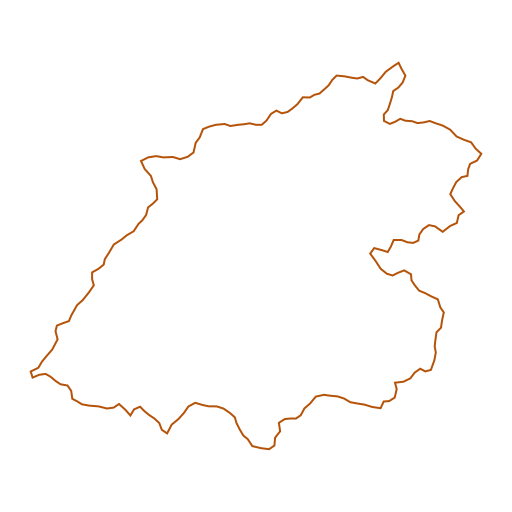 outline of Miraí, Minas Gerais, Brazil
{"feature_id": "56859067B88610253511100", "entity_name": "Miraí", "entity_type": "district", "adm_level": 2, "iso_a3": "BRA", "parent_name": "Brazil", "parent_adm1": "Minas Gerais", "projection": "orthographic", "projection_center": [-42.611, -21.144], "detail": "fine", "context": "isolated", "style": "outline", "palette": "amber", "viewbox_px": 512, "rotation_deg": 0, "n_neighbors": 0, "source": "geoboundaries", "source_scale": "gbopen_adm2", "svg_char_len": 2879}
<svg xmlns="http://www.w3.org/2000/svg" viewBox="0 0 512 512"><path d="M280.1,431.3L278.9,422.8L284.7,419.1L290.3,418.5L296.0,418.5L300.8,415.2L304.4,408.4L310.0,403.6L315.8,396.6L324.0,394.8L330.0,395.7L337.6,396.4L344.0,398.5L350.3,402.2L358.0,403.6L364.4,404.6L372.3,407.0L380.6,408.2L383.7,401.5L389.1,401.1L394.7,397.6L396.7,389.1L395.0,382.7L403.5,381.7L410.3,378.4L414.6,372.7L420.2,368.7L425.3,371.4L430.9,369.9L434.4,360.2L435.8,352.4L434.7,346.5L435.3,340.8L436.5,332.3L441.0,327.7L442.0,320.7L443.8,312.5L440.3,307.3L437.8,299.3L431.3,296.4L425.1,293.1L419.2,290.7L414.7,285.2L411.5,280.3L411.0,274.3L404.2,270.4L398.0,272.8L392.6,275.5L386.8,273.7L380.7,268.8L375.8,261.3L370.2,253.6L374.2,248.1L381.4,250.0L387.7,252.0L390.8,246.7L393.7,240.0L401.5,240.0L407.5,242.3L413.2,242.9L418.3,240.6L419.4,234.4L423.2,229.0L429.0,225.1L435.1,226.4L442.7,231.8L450.1,226.0L456.8,223.0L458.6,215.2L463.9,211.5L460.1,206.9L454.9,201.2L450.3,194.2L452.6,189.0L456.3,182.0L461.7,177.1L467.4,175.9L468.2,169.0L470.2,163.8L477.1,160.5L481.3,153.8L475.7,148.7L471.1,142.3L464.0,139.8L456.6,136.5L450.2,129.7L442.8,125.6L435.2,123.1L429.7,121.0L423.8,122.4L417.5,123.1L412.1,121.2L405.3,120.7L400.3,118.8L395.1,121.8L389.8,123.9L384.0,120.9L383.8,114.5L387.8,110.1L390.0,103.5L392.0,96.9L393.2,91.1L398.3,87.6L402.6,82.6L405.4,75.7L401.4,68.6L398.6,62.8L393.8,65.9L385.8,71.7L380.4,78.3L375.3,83.5L367.7,80.2L363.1,76.9L357.2,78.5L351.6,77.7L344.4,76.3L336.6,75.6L332.3,79.9L328.6,85.4L324.3,89.3L319.4,93.6L314.4,94.8L309.8,97.5L302.8,97.3L297.4,104.2L292.1,108.7L287.5,112.0L281.8,113.3L276.4,110.6L271.0,113.9L266.4,120.7L261.7,124.8L256.0,124.8L249.6,123.3L244.4,124.2L238.2,124.8L230.2,126.0L224.8,124.0L215.8,124.8L208.9,126.7L203.0,129.1L199.7,137.4L195.7,142.8L193.5,152.5L187.7,156.8L180.1,159.2L172.9,157.0L163.4,157.4L156.1,156.1L148.1,157.4L141.0,161.0L144.7,169.0L150.9,175.9L152.9,182.2L156.6,189.3L157.2,199.3L153.0,203.5L148.1,207.4L146.1,215.0L142.4,220.2L138.5,223.9L133.7,231.2L126.6,235.4L121.5,239.6L113.8,244.5L109.0,252.7L104.8,259.2L103.7,264.6L98.5,268.8L92.1,272.4L92.1,279.2L93.8,285.3L89.0,292.3L82.7,300.1L77.0,305.2L74.0,310.6L71.2,315.6L68.9,321.1L62.9,323.2L56.9,325.6L55.5,331.2L57.6,339.3L52.2,349.6L46.6,356.0L42.0,361.6L38.3,367.8L30.7,371.5L32.6,377.6L39.2,374.8L45.6,373.9L50.5,376.7L55.5,380.9L60.6,384.3L67.5,385.5L71.2,390.9L72.3,398.8L77.1,401.3L81.9,404.3L89.0,405.6L98.7,406.4L106.9,408.5L113.7,407.6L119.0,404.0L125.3,409.7L130.4,415.5L134.0,409.4L140.1,406.7L144.5,411.2L149.0,414.9L154.4,418.5L159.3,423.1L161.8,429.8L167.1,433.4L171.7,424.6L178.4,419.1L183.8,413.1L188.4,406.5L195.2,402.8L203.0,405.1L208.6,406.3L216.7,406.4L223.4,408.5L230.1,413.1L234.8,417.3L236.5,423.0L239.7,429.4L243.3,435.5L247.8,439.2L252.3,446.1L261.2,448.2L269.1,449.2L274.4,445.5L275.1,437.7L280.1,431.3Z" fill="none" stroke="#b45309" stroke-width="2"/></svg>